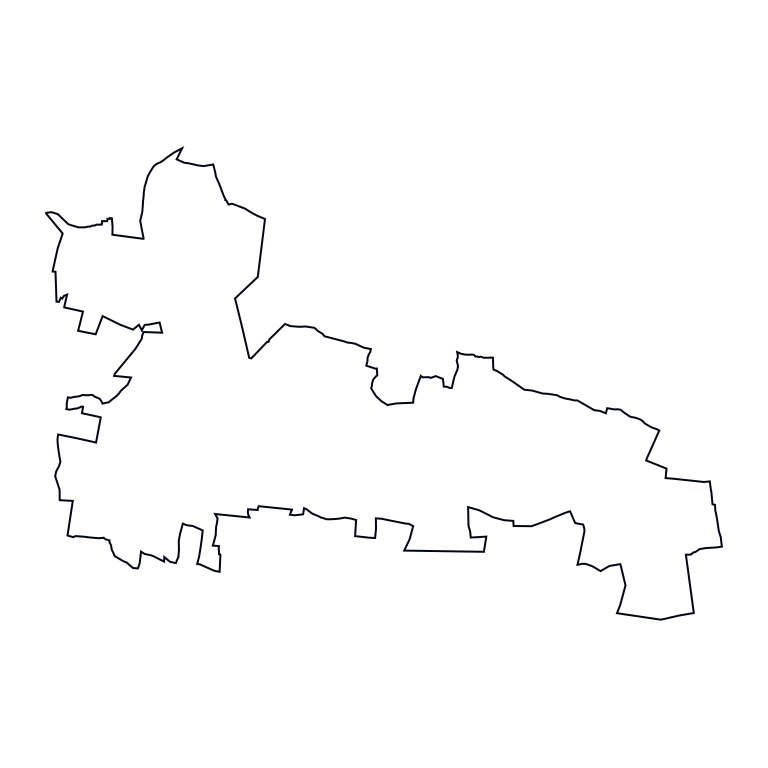 outline of Hoctún, Yucatán, Mexico
{"feature_id": "50627088B43977727646582", "entity_name": "Hoctún", "entity_type": "district", "adm_level": 2, "iso_a3": "MEX", "parent_name": "Mexico", "parent_adm1": "Yucatán", "projection": "albers", "projection_center": [-89.168, 20.886], "detail": "fine", "context": "isolated", "style": "outline", "palette": "ink", "viewbox_px": 768, "rotation_deg": 0, "n_neighbors": 0, "source": "geoboundaries", "source_scale": "gbopen_adm2", "svg_char_len": 5389}
<svg xmlns="http://www.w3.org/2000/svg" viewBox="0 0 768 768"><path d="M693.8,613.0L685.9,554.7L690.8,554.6L693.4,552.5L695.5,551.9L699.6,549.1L705.6,548.1L716.8,547.4L721.9,546.6L721.0,539.6L720.9,537.7L718.8,531.0L716.8,517.5L715.3,510.3L715.0,504.8L712.5,504.3L712.1,499.9L711.5,493.1L710.6,487.9L709.8,481.4L703.9,482.0L673.1,478.7L665.6,478.1L666.5,468.6L646.2,460.5L646.7,458.7L659.3,430.5L656.5,429.1L651.6,427.4L645.1,423.7L643.1,421.5L640.5,419.6L636.7,418.1L633.3,417.3L631.7,417.1L629.9,416.5L625.1,413.3L620.6,409.8L617.1,409.2L614.9,409.5L607.2,408.2L605.8,413.3L600.0,410.9L594.3,410.2L577.5,400.5L574.4,400.4L570.6,399.5L565.2,398.5L559.9,396.8L557.2,395.3L554.3,394.8L548.5,393.9L542.6,393.5L532.3,390.6L524.3,389.7L512.5,381.4L504.9,376.6L502.4,374.2L499.4,372.6L497.2,371.1L493.6,369.6L493.3,368.4L492.9,357.6L483.9,357.8L480.5,356.6L479.1,357.0L477.1,356.5L475.4,356.5L474.2,355.0L472.3,354.6L468.4,354.7L465.3,354.6L461.4,353.9L457.2,352.1L457.8,355.1L457.7,357.7L456.7,360.3L458.0,366.1L457.4,369.7L454.6,376.2L453.8,379.2L451.8,388.0L449.5,387.9L447.0,386.8L443.8,386.6L442.9,378.9L435.7,376.1L434.9,376.4L430.7,377.9L429.0,377.2L422.4,377.3L420.8,375.9L415.8,389.6L413.6,398.1L413.1,402.7L396.4,403.4L387.5,405.0L381.7,401.4L376.2,396.4L371.1,388.3L371.7,386.6L372.3,382.5L373.3,379.4L374.3,378.3L376.1,376.2L377.3,375.4L376.8,368.5L375.1,368.6L372.9,367.8L366.3,365.7L367.4,361.5L367.6,357.7L368.8,354.4L370.3,351.8L370.9,349.1L364.4,347.8L362.7,347.2L356.1,344.1L354.9,343.7L351.6,343.0L347.2,342.5L343.8,341.3L334.2,338.8L324.6,336.3L322.4,333.7L318.2,331.2L316.9,330.2L316.1,329.2L315.9,329.1L315.6,328.9L314.3,327.8L305.7,326.5L299.3,326.8L290.5,326.1L285.0,324.0L269.4,339.4L268.5,341.9L267.2,341.8L251.3,358.4L249.2,357.8L242.2,327.5L235.7,301.1L235.0,298.5L257.8,276.9L265.0,219.0L257.4,215.8L251.1,212.5L245.2,208.7L232.0,203.7L229.8,204.3L228.5,204.5L226.2,200.3L225.3,200.1L225.2,199.0L223.7,195.8L219.4,184.3L216.0,176.7L215.1,171.8L213.2,164.5L203.7,166.1L197.9,165.4L188.7,163.3L184.1,162.7L176.6,159.3L182.1,148.3L174.1,152.5L166.2,158.0L164.1,159.9L159.8,162.6L156.7,163.8L154.1,165.9L152.7,167.8L149.4,173.2L147.8,176.2L146.9,179.3L144.6,187.0L143.8,192.7L143.7,195.3L143.4,198.1L142.9,202.2L143.0,203.0L142.4,210.5L142.3,211.9L140.2,220.8L143.6,238.6L143.3,238.7L143.2,238.8L118.9,235.6L112.4,234.7L112.6,226.2L112.4,225.3L112.3,223.5L111.9,218.3L109.8,218.1L109.7,219.0L107.5,218.8L107.2,221.1L102.0,221.1L101.8,224.6L96.2,224.7L94.9,225.5L92.0,225.7L90.3,226.6L88.1,226.6L85.2,227.3L78.6,227.4L71.5,225.3L68.3,224.2L57.9,214.2L51.7,212.2L46.2,212.8L46.1,213.5L62.7,233.6L57.7,248.3L52.7,270.9L52.7,271.5L55.5,271.8L56.5,301.6L59.0,301.9L60.8,297.7L62.2,298.6L63.9,295.9L67.1,294.6L64.6,305.2L64.2,307.4L83.0,311.6L78.5,329.3L78.1,330.8L95.7,334.3L102.6,316.1L120.1,324.7L133.0,329.6L138.9,324.8L141.8,330.3L144.7,324.9L149.4,324.5L153.8,323.6L159.6,322.5L162.1,332.7L143.5,332.0L142.0,336.4L141.9,338.3L141.0,340.0L135.3,349.0L114.8,373.8L114.1,375.9L131.0,377.5L127.6,384.7L120.7,390.9L119.3,393.1L117.0,395.6L108.6,402.3L102.6,403.6L102.6,403.3L101.0,400.7L100.0,399.2L99.5,398.7L94.1,396.4L92.7,395.0L89.8,394.9L88.8,395.3L84.0,395.1L83.0,394.9L79.0,396.3L74.3,396.9L70.4,397.8L67.9,397.3L66.7,403.6L66.8,407.4L66.3,409.1L69.8,409.7L74.1,408.7L75.9,408.6L77.7,408.3L81.5,406.6L83.0,406.8L82.0,413.2L100.3,417.2L100.8,417.4L97.5,434.8L96.3,441.3L96.0,442.6L95.4,442.4L77.0,438.3L58.2,434.5L57.6,437.9L57.5,440.4L57.6,441.6L57.8,444.9L58.3,448.8L59.5,456.8L59.5,457.1L60.4,461.6L59.1,466.0L56.2,471.4L55.2,476.2L59.6,489.8L59.7,500.2L72.8,500.9L67.5,535.5L73.4,537.2L75.3,536.1L83.8,536.7L90.1,537.5L92.8,537.7L98.4,538.2L102.2,538.0L103.7,537.7L105.4,539.2L105.5,539.2L108.8,540.3L109.4,540.3L109.5,542.3L111.1,545.4L111.7,549.6L112.9,551.9L114.7,556.1L123.7,561.4L126.6,562.5L133.0,568.0L137.9,568.4L139.5,564.1L140.0,560.8L141.0,551.6L144.7,554.0L150.7,555.2L153.2,556.1L164.1,561.6L164.3,557.0L170.0,561.8L175.8,563.1L178.4,556.8L179.0,549.4L178.9,548.6L178.8,540.3L180.2,533.3L181.8,527.6L182.8,523.6L186.7,525.2L192.8,526.0L202.7,530.4L202.0,537.4L200.7,546.7L199.2,556.2L197.2,563.9L199.9,564.4L213.7,570.5L215.3,571.0L219.6,571.8L220.4,555.7L220.2,554.4L219.0,554.2L219.0,552.1L218.7,548.5L219.0,546.1L212.8,545.6L214.2,540.9L215.7,535.1L216.1,526.7L216.6,524.8L217.6,518.6L215.1,514.0L215.7,514.1L216.0,514.1L216.9,514.2L249.6,517.5L248.3,514.9L247.8,512.0L248.1,509.3L257.7,510.0L258.0,507.9L258.8,506.2L289.2,509.3L292.0,509.6L291.8,510.4L291.2,511.3L289.9,514.7L294.6,515.3L303.1,514.3L304.1,508.2L307.1,509.6L311.2,512.9L313.2,514.1L317.7,515.8L320.9,517.5L323.9,518.3L326.2,519.2L329.2,519.3L331.6,519.2L336.5,518.9L339.4,518.6L344.8,517.6L350.7,518.5L356.1,520.0L355.1,536.1L369.1,537.7L375.1,538.0L376.0,528.9L375.9,518.3L381.7,518.8L405.6,523.6L408.7,523.8L413.2,526.1L409.6,539.3L404.2,550.6L483.9,551.8L486.3,536.6L477.1,537.2L470.8,537.5L470.1,531.2L468.5,526.0L468.1,507.1L479.3,510.3L493.1,517.3L504.3,520.2L513.3,520.9L513.6,526.0L531.5,526.2L537.4,524.1L549.3,519.6L555.5,516.8L566.4,512.4L570.1,511.3L574.4,521.3L575.3,523.1L583.2,524.6L584.3,528.5L584.4,531.6L580.1,553.1L577.5,564.8L582.3,563.8L585.7,563.9L592.7,566.4L600.5,571.1L609.0,566.2L610.3,565.8L619.3,564.3L620.4,564.2L620.7,565.4L625.5,585.4L620.3,604.7L617.0,613.2L660.9,619.7L679.3,615.5L693.8,613.0Z" fill="none" stroke="#020617" stroke-width="2"/></svg>